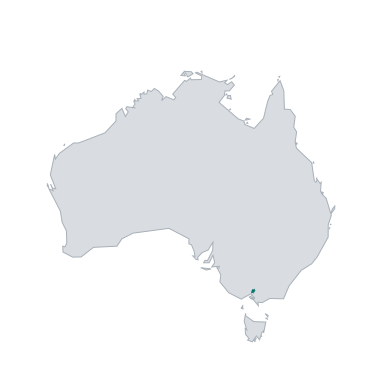 Whittlesea, Victoria, Australia shown in context, rotated 13°
{"feature_id": "25037944B28600424223398", "entity_name": "Whittlesea", "entity_type": "district", "adm_level": 2, "iso_a3": "AUS", "parent_name": "Australia", "parent_adm1": "Victoria", "projection": "orthographic", "projection_center": [145.045, -37.551], "detail": "fine", "context": "in_parent", "style": "filled", "palette": "teal", "viewbox_px": 384, "rotation_deg": 13, "n_neighbors": 0, "source": "geoboundaries", "source_scale": "gbopen_adm2", "svg_char_len": 4357}
<svg xmlns="http://www.w3.org/2000/svg" viewBox="0 0 384 384"><g transform="rotate(13 192 192)"><path d="M258.7,72.7L263.4,90.5L269.1,89.5L275.5,94.9L276.6,106.0L280.4,109.9L281.3,120.3L283.9,125.8L302.0,136.5L308.7,153.7L310.7,154.6L311.2,151.6L315.0,154.9L315.7,153.5L317.0,162.2L319.2,164.9L324.1,167.9L333.0,183.4L332.1,193.2L334.8,205.4L328.5,227.3L324.7,235.1L316.0,243.8L307.7,261.7L305.2,275.5L291.8,278.2L285.2,284.0L281.1,284.5L282.2,287.9L275.8,282.9L276.8,281.7L276.4,280.5L275.2,280.4L273.1,282.6L271.5,281.3L274.1,279.2L272.6,277.7L264.0,285.3L250.4,281.9L239.4,273.3L238.7,266.2L233.3,260.0L235.4,260.1L235.3,258.2L228.1,260.6L230.0,255.7L226.7,248.9L224.6,257.1L219.3,258.3L220.0,255.6L222.5,255.4L225.3,244.2L223.7,236.2L220.7,245.0L215.5,248.7L212.3,254.2L213.1,256.8L210.9,256.6L207.2,254.1L209.4,253.9L207.3,249.0L203.4,243.6L200.6,243.2L199.6,238.3L177.7,232.6L143.9,245.3L134.2,253.4L131.0,261.7L108.4,268.1L98.6,280.2L90.4,282.3L79.9,279.6L78.2,273.8L80.6,274.1L81.5,269.9L78.4,258.2L72.3,250.7L68.0,240.2L51.9,221.1L56.5,222.0L52.4,216.0L55.1,219.5L58.5,219.5L50.1,207.2L49.7,186.3L51.5,190.6L54.1,184.2L65.7,170.8L70.5,169.7L93.9,153.9L101.9,140.0L100.4,132.8L104.9,126.3L110.1,133.4L111.9,128.3L108.7,125.7L109.3,123.5L118.0,122.9L115.2,122.7L116.7,119.1L114.8,116.6L119.4,115.2L117.5,113.5L121.3,112.3L119.7,109.6L122.8,105.4L123.2,107.4L125.9,106.6L125.8,102.7L129.8,103.2L132.0,99.6L136.4,101.0L142.4,105.3L141.8,109.8L145.3,104.9L153.5,106.3L155.0,103.7L151.2,101.0L159.7,84.9L161.7,85.5L164.8,81.4L166.0,82.8L175.9,80.3L175.4,76.8L168.6,75.2L169.6,74.2L194.0,78.6L201.0,75.2L199.3,78.2L202.4,79.4L205.9,75.7L209.2,78.3L205.6,85.1L201.4,86.1L201.8,90.8L198.2,98.6L220.5,110.3L226.5,111.2L228.5,114.4L238.3,116.1L245.1,104.0L245.3,86.8L246.3,80.4L248.8,78.8L246.8,76.0L252.8,63.7L258.7,72.7ZM271.6,300.3L281.4,304.4L293.2,302.1L293.5,313.2L292.8,311.2L291.6,313.5L291.1,320.8L287.1,317.7L284.4,324.4L279.5,323.8L280.5,321.9L276.2,318.7L274.5,313.0L276.4,314.0L271.9,306.2L271.6,300.3ZM157.4,76.1L164.2,75.0L166.4,76.5L162.1,80.8L157.4,76.1ZM217.5,263.8L227.9,262.6L223.6,264.8L217.5,263.8ZM207.7,89.2L209.3,92.8L204.9,92.6L205.5,89.9L207.7,89.2ZM332.5,181.6L332.5,177.1L334.3,173.6L334.8,176.3L332.5,181.6ZM290.7,294.0L293.9,295.1L294.0,296.6L290.7,294.0ZM156.7,77.3L159.4,80.4L155.0,80.9L156.7,77.3ZM267.9,294.5L266.0,294.1L267.0,291.4L267.9,294.5ZM231.8,108.0L229.7,109.2L227.6,110.0L228.6,107.8L231.8,108.0ZM51.6,220.1L49.7,218.6L49.2,216.7L49.4,216.5L51.6,220.1ZM293.2,298.1L294.5,299.2L292.0,298.2L293.2,298.1ZM318.4,162.8L319.9,162.9L319.8,164.9L318.4,162.8ZM281.8,120.2L283.7,121.3L283.3,122.0L281.8,120.2ZM286.9,321.7L287.0,323.5L285.8,322.9L286.9,321.7ZM334.2,195.1L334.2,197.5L334.2,195.1ZM174.9,73.4L173.7,72.6L174.4,72.0L174.9,73.4ZM207.3,69.9L205.6,71.9L207.5,68.6L207.3,69.9ZM334.7,192.2L333.9,192.9L334.4,192.1L334.7,192.2ZM211.0,103.0L210.1,103.4L210.6,102.5L211.0,103.0ZM204.3,89.5L203.1,89.8L203.8,88.6L204.3,89.5ZM57.2,173.7L57.2,175.3L56.7,175.4L57.2,173.7ZM250.7,62.9L250.7,64.2L250.2,63.3L250.7,62.9ZM275.2,281.1L275.5,281.9L275.1,281.7L275.2,281.1ZM205.2,72.4L203.0,73.9L205.3,72.1L205.2,72.4ZM119.7,107.8L119.0,108.8L119.4,107.7L119.7,107.8ZM287.6,320.4L287.0,320.7L287.4,320.1L287.6,320.4ZM230.9,112.5L229.7,112.5L230.3,111.7L230.9,112.5ZM116.0,115.3L115.4,115.9L115.3,114.8L116.0,115.3ZM292.4,316.8L291.5,317.2L291.8,316.3L292.4,316.8ZM251.5,59.6L251.4,60.5L250.7,60.1L251.5,59.6ZM274.7,282.2L275.6,283.0L274.1,282.8L274.7,282.2ZM304.2,136.5L303.4,136.5L303.8,135.5L304.2,136.5ZM310.5,151.5L310.1,151.4L310.4,150.7L310.5,151.5ZM272.0,299.0L271.8,299.6L271.5,298.8L272.0,299.0Z" fill="#d9dde1" stroke="#a8b0b8" stroke-width="1"/><path d="M273.7,276.0L273.7,275.9L273.8,275.9L274.0,276.0L274.0,275.9L273.9,275.9L273.9,275.7L273.9,275.8L273.9,275.7L274.0,275.7L274.1,275.4L274.2,275.0L274.3,275.0L274.3,274.9L274.5,274.7L274.8,274.6L274.8,274.4L274.9,274.2L274.7,274.2L274.6,273.9L274.6,274.0L274.5,273.9L274.4,273.8L274.4,273.7L274.3,273.8L274.2,273.8L274.2,273.7L273.9,273.7L273.9,273.8L273.7,273.9L273.7,274.0L273.8,274.0L273.7,274.0L273.3,273.9L273.3,274.2L273.2,274.4L273.4,274.4L273.3,274.5L273.2,274.5L273.0,274.8L273.0,274.7L273.0,274.8L273.1,275.0L273.0,275.3L273.0,275.5L273.2,275.8L273.1,276.0L273.4,276.0L273.6,276.0L273.7,276.0Z" fill="#14b8a6" stroke="#0f766e" stroke-width="1.5"/></g></svg>